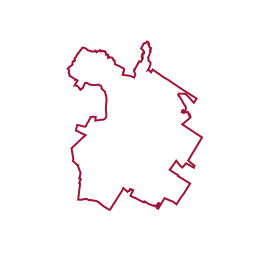 the district of Romita, Guanajuato, Mexico, rotated 116°
{"feature_id": "50627088B33235829634906", "entity_name": "Romita", "entity_type": "district", "adm_level": 2, "iso_a3": "MEX", "parent_name": "Mexico", "parent_adm1": "Guanajuato", "projection": "mercator", "projection_center": [-101.614, 20.816], "detail": "fine", "context": "isolated", "style": "outline", "palette": "rose", "viewbox_px": 256, "rotation_deg": 116, "n_neighbors": 0, "source": "geoboundaries", "source_scale": "gbopen_adm2", "svg_char_len": 5511}
<svg xmlns="http://www.w3.org/2000/svg" viewBox="0 0 256 256"><g transform="rotate(116 128 128)"><path d="M49.5,141.2L49.4,141.9L47.7,141.9L47.6,142.5L46.1,142.3L45.9,143.1L45.9,143.7L45.7,144.4L45.4,144.7L44.9,145.1L44.5,145.2L44.2,145.8L44.0,146.2L43.6,145.8L42.9,146.7L42.6,146.6L41.8,147.8L42.0,148.8L42.9,149.0L43.0,149.2L44.0,149.4L44.0,149.5L43.9,149.7L44.4,150.2L44.8,150.3L45.0,150.8L45.7,151.0L47.9,150.9L48.7,151.1L49.9,151.1L50.8,151.1L51.1,150.5L51.5,148.3L51.6,148.1L52.1,147.4L53.0,146.7L53.8,146.4L53.9,147.4L54.4,147.3L54.9,147.0L55.9,147.6L56.3,146.7L57.7,146.8L57.8,146.0L58.9,146.1L58.9,145.2L60.3,145.3L62.8,145.3L63.0,146.3L63.1,147.2L65.1,147.4L65.1,147.1L66.6,147.3L67.1,147.4L68.7,147.4L71.5,147.7L71.9,147.5L73.2,147.6L73.2,147.9L74.5,147.3L74.8,146.9L76.0,145.6L76.9,144.7L80.0,144.7L80.2,149.2L82.6,156.1L81.6,156.3L81.3,156.3L80.1,156.5L79.7,156.4L79.7,156.5L79.7,156.8L78.5,156.9L77.9,156.9L76.5,157.5L76.2,163.0L76.3,167.7L73.1,169.8L73.5,170.8L72.0,172.3L71.8,173.6L72.5,174.9L72.3,175.6L73.4,176.3L73.1,176.4L73.1,176.7L73.1,177.1L72.5,177.2L72.1,177.8L71.1,177.9L71.3,178.4L71.7,180.0L70.6,180.1L70.6,180.3L70.0,181.0L69.9,181.1L69.7,181.4L69.8,181.6L69.6,181.8L69.3,181.8L69.1,182.2L69.2,182.6L69.3,182.7L69.3,182.9L68.9,183.1L69.2,183.1L69.7,183.0L69.7,184.8L70.4,185.1L70.5,185.2L70.4,185.4L70.7,185.9L70.9,186.0L70.5,186.4L70.4,186.7L70.2,187.0L70.5,187.4L71.1,187.3L71.5,187.9L72.2,188.5L72.4,188.9L73.7,189.4L73.7,189.6L73.4,189.8L73.2,190.2L73.3,190.4L73.3,190.6L73.0,190.8L72.7,190.8L72.6,191.0L73.6,191.8L74.2,192.1L74.3,192.2L74.6,193.0L74.9,193.4L75.2,194.2L75.3,194.4L75.1,194.8L75.1,195.4L75.4,196.7L75.7,197.3L75.7,198.3L75.6,198.8L75.3,199.5L75.1,200.2L75.2,200.7L75.0,201.6L75.2,202.8L75.9,204.3L76.5,204.4L76.8,204.3L77.4,204.3L77.8,204.4L78.4,204.8L78.6,204.9L79.0,204.8L79.3,204.9L79.6,204.8L79.8,204.9L80.4,205.0L81.5,205.4L82.2,205.5L82.4,205.3L82.6,205.3L83.0,205.8L83.7,205.6L83.8,205.6L84.9,206.0L86.9,205.9L87.5,206.0L88.0,206.3L88.9,206.5L89.2,206.4L89.4,206.4L89.5,206.3L89.7,205.8L90.1,205.4L90.4,205.3L90.6,205.3L91.0,205.3L91.4,205.5L91.5,205.6L91.6,206.1L91.9,206.5L92.5,206.6L92.6,206.4L92.9,206.4L93.4,206.4L93.5,206.5L93.9,206.4L94.7,206.2L95.0,205.9L95.4,205.7L95.6,205.7L95.9,205.8L96.0,205.9L96.5,206.1L96.8,206.4L97.1,206.5L97.3,206.7L98.2,207.1L98.6,207.2L98.9,207.4L99.2,207.3L99.4,207.3L99.6,207.4L99.8,207.7L100.1,207.8L100.1,208.0L101.0,208.2L101.3,208.1L101.9,206.7L102.0,206.4L102.4,205.9L103.1,205.7L104.6,205.3L104.8,205.1L105.0,204.6L105.3,204.2L105.6,203.9L106.1,203.7L106.5,203.7L107.2,198.4L107.3,196.2L107.7,196.3L107.3,195.5L107.4,194.1L107.5,194.0L108.8,194.3L110.1,194.5L113.0,194.5L112.4,193.9L112.6,192.9L112.5,192.7L112.5,192.2L112.7,191.0L113.7,188.8L114.1,188.6L114.2,188.0L114.3,188.0L114.4,187.2L113.1,187.0L112.0,186.2L106.2,186.3L105.5,184.3L105.7,182.3L105.6,180.9L104.1,176.7L102.6,174.5L101.8,173.2L102.1,171.3L102.0,170.7L102.3,170.2L102.9,169.7L103.7,169.2L104.2,169.1L105.1,165.9L105.4,164.7L108.6,162.0L108.5,161.7L113.0,159.2L115.6,158.3L120.9,156.1L123.9,154.3L126.9,152.6L127.9,152.4L128.7,152.5L129.7,152.8L131.0,153.5L131.4,153.9L132.0,155.2L135.7,160.6L132.3,161.8L133.1,164.1L134.4,166.3L134.5,166.2L135.8,166.2L138.0,166.5L138.3,166.5L138.9,166.3L141.1,166.7L145.4,166.8L146.0,168.1L147.4,174.9L148.4,174.8L153.1,173.7L153.0,169.4L153.1,168.9L153.2,167.2L153.1,165.7L153.0,165.1L153.0,163.0L155.5,164.0L155.8,164.2L158.3,165.2L160.2,165.8L171.0,169.9L173.5,168.1L173.9,167.7L174.3,167.5L175.2,166.8L175.5,166.7L176.4,165.9L177.0,165.6L180.2,163.3L180.3,163.3L181.8,163.1L183.6,156.9L183.4,156.4L184.0,156.3L184.2,156.2L187.6,152.7L189.2,150.8L190.7,150.7L191.9,150.1L192.7,149.9L194.7,149.8L194.7,147.9L196.8,147.9L198.9,147.7L199.0,146.7L214.2,141.4L213.0,138.6L209.8,134.3L210.0,132.8L209.8,130.8L209.2,130.5L208.9,129.0L208.6,127.7L208.4,127.7L207.5,124.3L207.4,122.5L207.6,122.5L208.3,119.1L208.1,119.1L208.2,118.7L208.9,116.5L209.5,111.4L209.5,110.9L209.8,108.6L209.8,108.4L210.0,108.3L209.1,108.3L200.8,107.4L198.8,107.1L197.3,107.0L195.8,106.8L186.1,105.8L184.0,105.9L184.4,104.4L185.6,100.6L184.9,100.6L184.1,99.3L182.3,99.3L182.0,99.3L182.0,98.2L181.7,98.3L181.6,96.1L187.8,96.1L188.0,94.6L187.9,91.6L187.7,91.6L187.7,91.3L187.7,89.3L187.9,85.2L187.9,81.1L186.8,81.1L187.1,77.1L187.0,73.8L186.9,71.4L186.5,71.3L186.4,69.7L185.7,69.6L185.7,68.2L182.1,67.9L182.0,67.0L186.6,67.4L186.5,66.7L187.3,66.7L187.3,65.5L175.1,64.4L174.5,54.8L175.4,51.0L166.5,49.9L162.7,49.1L150.7,47.8L150.2,52.4L149.6,58.8L149.2,62.1L148.5,62.1L147.8,69.0L147.2,72.2L142.0,71.2L136.2,70.3L139.0,64.7L139.7,61.8L134.3,60.4L134.8,51.5L132.1,51.8L131.9,51.9L132.7,51.9L131.0,59.6L122.8,59.0L117.9,58.5L104.0,57.3L102.5,69.2L101.9,73.3L101.0,80.8L92.0,76.8L91.8,76.8L90.8,76.5L88.9,78.3L89.4,78.5L89.5,78.8L89.3,79.0L89.6,79.0L88.8,79.9L87.3,81.3L90.2,84.9L90.1,86.7L88.2,86.8L87.7,86.4L88.1,85.5L88.0,85.2L88.1,84.7L87.8,84.1L86.8,84.1L86.3,84.1L86.0,84.3L85.5,84.4L83.9,85.1L83.5,85.7L83.5,85.9L82.2,87.6L82.2,87.8L81.0,89.9L80.6,90.2L80.3,90.6L79.3,92.2L78.1,93.9L77.3,95.2L77.4,95.3L77.0,96.4L76.6,96.3L76.0,97.6L75.4,97.4L75.2,97.4L74.8,97.3L74.0,95.5L73.1,93.9L72.2,91.1L73.8,86.3L76.5,79.9L71.5,79.2L69.2,98.7L67.1,113.4L66.8,118.0L64.7,131.4L67.9,131.7L67.0,134.0L66.6,135.0L67.1,135.4L66.0,135.3L64.2,135.3L63.9,135.3L63.5,135.5L61.8,135.5L59.7,136.2L59.4,136.4L59.2,136.7L58.9,137.6L58.7,138.5L58.5,139.1L58.4,139.2L57.3,139.4L56.3,140.7L49.5,141.2Z" fill="none" stroke="#9f1239" stroke-width="2"/></g></svg>